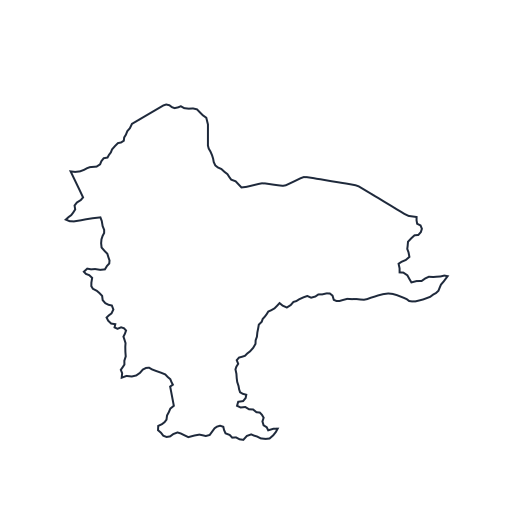 outline of Barrolândia, Tocantins, Brazil, rotated 248°
{"feature_id": "56859067B29038650995578", "entity_name": "Barrolândia", "entity_type": "district", "adm_level": 2, "iso_a3": "BRA", "parent_name": "Brazil", "parent_adm1": "Tocantins", "projection": "mercator", "projection_center": [-48.818, -9.896], "detail": "fine", "context": "isolated", "style": "outline", "palette": "slate", "viewbox_px": 512, "rotation_deg": 248, "n_neighbors": 0, "source": "geoboundaries", "source_scale": "gbopen_adm2", "svg_char_len": 4446}
<svg xmlns="http://www.w3.org/2000/svg" viewBox="0 0 512 512"><g transform="rotate(248 256 256)"><path d="M232.0,419.5L236.0,412.5L239.5,409.3L242.8,406.9L246.8,403.8L252.0,400.0L258.6,395.0L263.8,391.2L267.1,388.6L273.5,383.8L277.1,381.1L282.1,377.3L284.3,374.8L287.0,370.6L289.5,366.6L291.5,363.2L293.4,360.1L296.8,354.4L298.6,351.5L300.8,348.0L302.9,344.7L304.8,341.3L306.6,338.6L310.0,332.8L311.3,329.8L311.4,326.5L311.1,322.1L310.9,319.2L310.6,313.9L310.4,310.1L311.0,307.2L312.9,303.7L315.5,299.1L317.5,295.7L319.9,291.6L321.2,288.6L321.8,285.6L322.5,280.9L323.1,276.8L323.7,273.0L325.0,268.2L332.9,265.1L336.1,261.6L339.3,260.8L342.6,260.2L345.8,258.3L349.6,256.5L352.4,253.8L355.2,252.2L358.9,252.0L362.3,252.7L365.9,253.0L369.9,252.9L373.3,252.4L376.4,252.8L395.9,260.7L402.8,261.7L406.4,259.4L409.7,258.0L414.1,256.2L416.4,252.9L417.8,248.8L420.0,244.8L423.0,242.4L423.0,239.4L423.6,235.9L425.5,233.8L428.2,232.2L430.1,229.5L430.3,226.5L425.0,190.5L421.7,186.9L420.0,183.5L417.2,180.8L415.3,178.2L412.4,176.6L411.8,173.4L412.4,170.3L410.8,166.5L408.8,162.5L406.4,160.2L404.8,157.5L402.9,155.2L403.7,151.4L401.8,148.1L399.4,145.8L398.6,141.7L399.7,138.2L400.6,135.3L400.7,132.3L400.3,128.8L400.4,124.5L401.7,119.8L403.9,115.8L383.9,117.1L375.1,117.6L373.5,114.5L372.7,110.0L370.8,106.7L366.9,105.8L364.7,102.7L363.1,100.0L362.3,96.8L361.0,93.3L358.1,96.2L356.3,100.1L355.4,104.0L354.7,107.0L353.8,111.8L352.2,118.7L350.1,126.2L346.2,126.1L341.2,125.0L337.1,125.0L334.2,123.8L332.1,121.3L329.4,119.0L325.9,117.2L321.7,116.0L317.1,117.6L313.8,119.0L310.3,118.7L306.7,118.5L304.0,117.1L302.6,114.1L300.2,110.9L301.5,106.4L304.2,101.9L305.4,98.1L307.5,94.8L305.9,90.5L303.1,91.6L300.7,94.2L297.1,95.9L293.0,93.4L289.7,92.0L286.7,92.5L283.3,95.4L280.4,96.9L276.7,98.4L272.5,97.3L268.7,98.6L266.0,101.0L264.1,103.8L259.8,103.7L256.9,100.5L256.1,97.4L254.9,94.4L251.4,94.7L247.6,96.4L245.5,100.0L242.8,98.1L240.4,100.3L240.4,104.2L238.5,106.5L235.6,107.6L233.1,105.4L230.9,102.9L227.7,102.7L224.1,102.4L220.8,100.8L216.1,99.0L211.7,97.6L208.2,94.7L204.6,93.3L202.7,90.5L201.1,88.0L197.5,88.0L193.5,85.9L193.3,91.0L190.8,95.7L190.1,100.2L191.1,104.6L193.1,108.5L193.4,112.1L192.5,115.0L189.8,117.1L187.0,120.1L183.3,124.3L180.2,127.5L176.7,128.9L173.9,130.4L170.8,130.4L167.8,130.7L167.1,127.5L147.9,123.7L146.6,119.4L143.9,116.7L141.5,113.8L137.8,111.7L136.2,109.0L135.3,105.8L135.1,101.7L131.2,99.9L127.7,101.7L124.1,102.7L121.7,105.3L120.9,108.8L121.9,112.6L121.8,117.1L119.6,119.8L116.9,122.2L113.4,125.4L112.6,131.8L111.6,136.6L109.6,139.6L107.9,142.0L107.4,146.0L109.7,149.7L111.8,153.1L112.4,155.9L112.1,159.1L109.9,161.7L106.7,161.2L103.0,161.3L99.9,164.6L96.5,165.9L95.3,169.5L92.2,172.1L90.3,175.4L92.6,180.1L92.4,184.7L90.2,186.9L88.3,189.3L85.1,192.1L82.8,196.4L81.7,200.2L83.3,204.8L85.4,208.5L87.8,211.4L89.3,207.4L89.8,202.0L93.2,201.8L96.2,199.6L100.2,200.0L103.2,202.5L106.6,202.0L109.4,200.9L111.0,197.9L114.8,195.8L116.5,192.1L120.0,189.5L121.3,185.0L124.2,182.3L127.5,184.9L126.3,189.7L128.2,193.2L131.0,195.0L133.2,192.1L135.6,190.2L138.7,190.4L142.0,191.1L146.3,191.4L150.1,192.4L154.1,193.7L158.6,194.5L160.8,196.4L162.7,199.1L166.6,199.1L168.2,202.2L167.8,205.4L167.6,208.4L168.9,211.4L169.8,214.7L171.9,219.0L174.7,222.6L178.0,224.1L180.8,226.6L184.6,228.6L188.1,230.9L191.3,232.9L192.9,236.7L195.1,238.6L196.5,241.5L198.0,244.0L199.9,246.6L200.0,249.6L200.5,253.5L201.9,256.8L203.5,260.2L200.0,262.1L196.7,265.3L197.5,269.8L199.4,273.5L199.1,276.5L199.7,279.9L199.9,284.7L199.7,288.6L196.7,291.5L196.2,295.9L197.0,299.4L195.6,303.0L194.9,307.4L193.6,310.4L190.6,312.1L186.2,311.7L184.1,313.8L183.0,316.6L182.7,319.7L182.1,324.5L180.3,328.3L178.3,333.3L176.5,336.6L175.0,339.7L174.4,342.9L174.3,346.9L173.9,350.9L173.7,354.4L173.0,359.6L171.7,364.6L169.7,368.4L167.0,371.9L163.8,375.3L161.7,377.5L159.5,379.6L156.9,381.1L155.4,383.7L154.2,386.8L153.6,390.9L153.1,394.7L153.0,398.1L152.9,402.2L153.9,406.0L154.2,408.9L155.4,412.1L157.8,414.4L160.2,416.8L162.1,420.5L163.8,423.3L165.5,426.1L167.3,423.3L167.9,419.4L169.2,415.5L170.1,412.5L172.0,408.5L171.8,404.5L170.8,400.2L172.6,395.5L173.3,390.2L177.3,389.6L181.4,389.1L185.4,386.4L187.0,383.0L190.8,384.5L195.4,385.3L196.1,388.8L196.2,393.4L197.7,397.9L202.3,398.8L205.9,398.9L208.4,400.3L212.3,402.3L214.3,406.7L215.8,410.7L214.7,414.4L216.4,417.8L219.1,420.0L222.7,420.0L225.5,417.5L228.9,418.2L232.0,419.5Z" fill="none" stroke="#1e293b" stroke-width="2"/></g></svg>